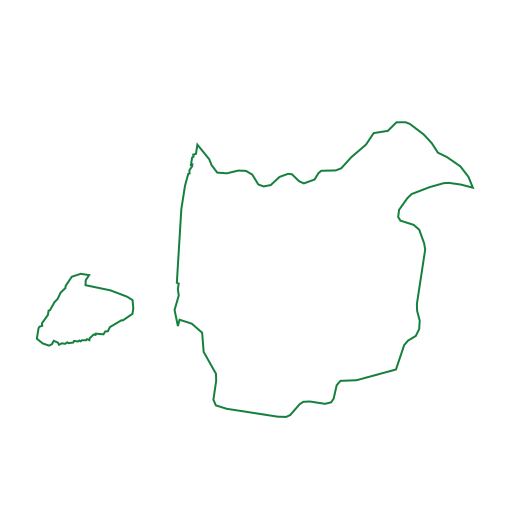 outline of Villa Hermosa, La Romana, Dominican Republic, rotated 99°
{"feature_id": "3306468B24610118168871", "entity_name": "Villa Hermosa", "entity_type": "district", "adm_level": 2, "iso_a3": "DOM", "parent_name": "Dominican Republic", "parent_adm1": "La Romana", "projection": "orthographic", "projection_center": [-69.03, 18.426], "detail": "medium", "context": "isolated", "style": "outline", "palette": "green", "viewbox_px": 512, "rotation_deg": 99, "n_neighbors": 0, "source": "geoboundaries", "source_scale": "gbopen_adm2", "svg_char_len": 1934}
<svg xmlns="http://www.w3.org/2000/svg" viewBox="0 0 512 512"><g transform="rotate(99 256 256)"><path d="M154.6,52.5L144.5,58.6L135.5,68.2L128.4,82.9L125.5,92.5L117.1,100.0L109.7,109.4L101.5,124.7L100.5,129.2L102.0,138.2L111.8,145.4L116.2,159.0L128.8,164.8L143.6,177.4L156.0,185.5L159.0,190.6L161.6,204.8L164.4,207.3L171.3,210.1L176.8,220.1L175.4,225.2L169.7,233.2L169.8,237.1L174.1,245.0L183.6,252.5L186.1,259.3L185.0,264.9L176.2,272.4L173.5,279.3L174.4,286.9L178.9,297.7L179.7,307.3L173.3,314.0L167.8,317.3L155.2,331.3L164.5,331.3L165.7,333.9L167.6,333.2L168.8,334.5L176.2,334.5L175.6,333.2L177.5,333.2L181.8,335.2L184.9,334.5L185.5,335.8L197.8,337.1L221.3,337.1L294.8,330.0L295.4,328.0L301.0,328.0L307.1,326.1L322.0,328.0L337.4,322.2L330.9,321.5L332.9,308.8L340.2,297.2L358.9,292.7L378.6,277.1L385.6,275.8L404.6,275.6L409.8,272.3L411.5,261.0L411.3,209.4L410.2,201.0L407.7,197.3L395.4,189.6L392.6,186.4L391.3,180.1L391.2,164.7L388.8,158.9L384.8,157.0L371.0,156.1L366.1,153.0L363.0,137.4L346.2,100.0L320.8,95.7L315.8,92.6L310.0,85.7L302.7,83.4L294.3,84.2L284.9,88.3L278.2,89.6L223.2,89.9L217.2,91.9L204.5,98.9L200.6,105.1L198.5,118.9L195.2,121.7L188.0,121.9L175.1,115.5L170.4,111.9L160.9,95.4L154.7,82.0L153.6,76.9L153.4,64.6L154.6,52.5ZM332.5,369.0L326.9,369.0L318.9,371.0L316.4,376.8L312.7,394.4L311.5,419.8L306.5,420.4L301.0,417.8L301.0,426.3L305.3,434.7L315.2,439.3L317.6,439.3L322.6,443.2L329.4,445.2L333.1,447.8L341.7,451.0L342.4,452.3L346.7,452.3L356.0,456.9L358.4,456.2L359.7,458.8L361.5,459.5L372.0,459.5L375.7,453.0L376.9,446.4L375.1,443.8L371.4,442.5L372.6,438.0L374.5,436.7L372.6,434.1L372.6,430.8L370.8,428.9L371.4,427.6L370.1,423.0L368.3,422.4L368.3,418.5L367.1,417.2L367.7,415.9L366.4,414.6L365.8,410.7L364.6,410.0L365.2,407.4L363.3,407.4L359.0,404.1L359.0,402.2L357.8,402.2L357.2,394.4L354.1,393.1L353.5,390.5L349.1,389.2L340.5,378.8L340.5,377.5L332.5,369.0Z" fill="none" stroke="#15803d" stroke-width="2"/></g></svg>